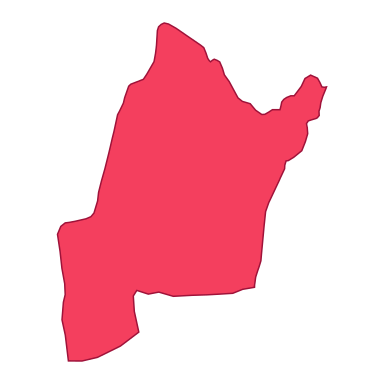 outline of As Sunut, South Kordufan, Sudan
{"feature_id": "16777658B48194454682254", "entity_name": "As Sunut", "entity_type": "district", "adm_level": 2, "iso_a3": "SDN", "parent_name": "Sudan", "parent_adm1": "South Kordufan", "projection": "equal_earth", "projection_center": [29.06, 12.034], "detail": "fine", "context": "isolated", "style": "filled", "palette": "rose", "viewbox_px": 384, "rotation_deg": 0, "n_neighbors": 0, "source": "geoboundaries", "source_scale": "gbopen_adm2", "svg_char_len": 1977}
<svg xmlns="http://www.w3.org/2000/svg" viewBox="0 0 384 384"><path d="M158.6,26.8L157.4,30.5L156.5,45.1L156.2,48.0L155.5,53.6L154.2,60.8L154.0,61.7L147.2,73.5L146.4,74.8L143.4,79.3L137.0,81.8L130.8,84.2L129.2,85.7L128.8,86.1L128.7,86.2L124.7,97.6L123.4,103.1L119.6,111.0L117.6,114.7L117.1,117.0L114.0,131.4L112.4,137.8L110.3,146.9L108.8,153.2L104.9,168.8L101.5,180.8L98.6,192.3L97.6,201.0L94.0,213.0L90.9,216.7L86.0,218.8L75.1,221.3L69.2,222.4L65.2,222.9L60.8,226.4L57.5,234.3L59.0,244.3L60.1,251.7L61.9,268.2L64.7,283.7L65.2,294.6L63.4,302.2L62.0,319.8L65.3,335.1L68.4,360.9L82.0,361.0L97.6,357.3L120.5,346.0L138.8,332.1L134.3,311.4L133.3,296.0L136.8,290.4L148.3,294.1L158.8,292.1L173.3,296.3L191.8,295.3L207.3,294.8L219.7,294.1L232.8,293.3L242.7,289.3L254.5,287.3L254.5,287.0L254.5,286.7L254.6,286.3L254.6,286.2L254.4,286.2L255.0,282.2L255.4,279.1L255.5,278.3L255.7,277.0L257.9,270.1L258.7,267.9L259.5,265.4L260.9,260.8L261.6,252.7L263.4,233.4L264.2,224.7L264.4,223.1L265.1,216.3L265.6,211.6L268.8,202.5L270.4,199.2L275.7,187.9L279.3,180.3L280.1,178.4L280.4,177.7L281.0,176.5L282.4,173.5L284.6,168.8L284.8,165.2L286.1,160.9L288.3,160.6L291.1,158.9L291.4,158.7L293.7,157.3L301.8,150.7L305.4,141.6L307.7,133.7L307.3,128.5L307.3,127.9L307.2,127.3L307.0,126.5L306.5,123.6L308.3,120.9L311.3,119.9L316.0,118.5L316.6,118.2L317.3,117.8L319.2,115.5L319.0,111.2L320.1,107.7L320.8,102.7L322.8,96.2L323.8,93.8L325.4,89.9L326.1,88.1L326.5,86.9L324.3,87.3L321.9,86.9L319.9,82.5L317.5,78.2L310.6,75.1L305.0,78.5L301.3,86.4L296.8,92.4L294.2,95.8L290.8,95.8L286.6,97.5L283.8,99.4L281.7,102.1L281.0,105.7L280.0,109.7L272.4,109.7L268.9,112.0L264.9,114.3L261.8,114.5L255.6,110.2L250.2,103.7L242.4,101.4L238.0,97.9L235.4,93.1L229.2,81.6L224.4,74.9L222.4,68.2L219.7,61.9L217.2,60.4L214.2,59.2L212.5,60.2L210.5,61.8L209.2,60.6L207.7,58.3L206.0,53.1L203.8,47.7L200.8,45.3L186.5,35.5L176.1,28.3L168.5,24.0L164.2,23.0L161.2,24.4L158.6,26.8Z" fill="#f43f5e" stroke="#9f1239" stroke-width="1.5"/></svg>